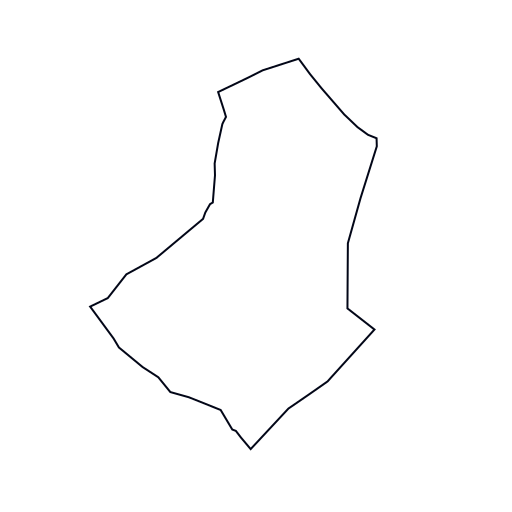 San Mateo Nejápam, Guerrero, Mexico, rotated 236°
{"feature_id": "50627088B80883167871342", "entity_name": "San Mateo Nejápam", "entity_type": "district", "adm_level": 2, "iso_a3": "MEX", "parent_name": "Mexico", "parent_adm1": "Guerrero", "projection": "robinson", "projection_center": [-98.41, 17.646], "detail": "fine", "context": "isolated", "style": "outline", "palette": "ink", "viewbox_px": 512, "rotation_deg": 236, "n_neighbors": 0, "source": "geoboundaries", "source_scale": "gbopen_adm2", "svg_char_len": 917}
<svg xmlns="http://www.w3.org/2000/svg" viewBox="0 0 512 512"><g transform="rotate(236 256 256)"><path d="M128.8,313.1L161.4,302.5L196.8,326.7L215.2,339.3L245.5,375.0L279.3,417.4L280.0,417.9L280.2,418.0L286.2,421.8L293.7,416.7L295.8,415.9L296.1,415.8L306.1,412.2L321.7,408.8L323.8,408.3L357.7,404.2L358.0,404.2L358.5,404.1L376.6,402.5L388.9,402.0L395.7,401.7L406.2,365.4L408.2,349.7L413.1,316.3L406.6,314.4L394.9,311.0L394.6,310.9L391.0,309.8L390.4,309.6L388.1,308.9L385.4,303.9L384.2,301.9L370.9,287.9L356.1,273.7L355.9,273.5L345.8,267.1L324.5,250.1L324.7,246.9L320.4,238.3L316.4,232.9L314.5,214.5L310.2,173.1L310.1,172.8L310.1,172.6L313.3,138.3L304.0,109.6L306.8,90.2L267.3,91.8L256.8,91.2L227.3,99.9L210.1,107.2L191.1,108.9L176.5,121.3L148.1,140.6L125.4,139.3L122.3,141.5L114.0,142.0L98.9,143.6L111.4,197.6L111.6,222.4L112.0,245.3L113.1,249.5L128.8,313.1Z" fill="none" stroke="#020617" stroke-width="2"/></g></svg>